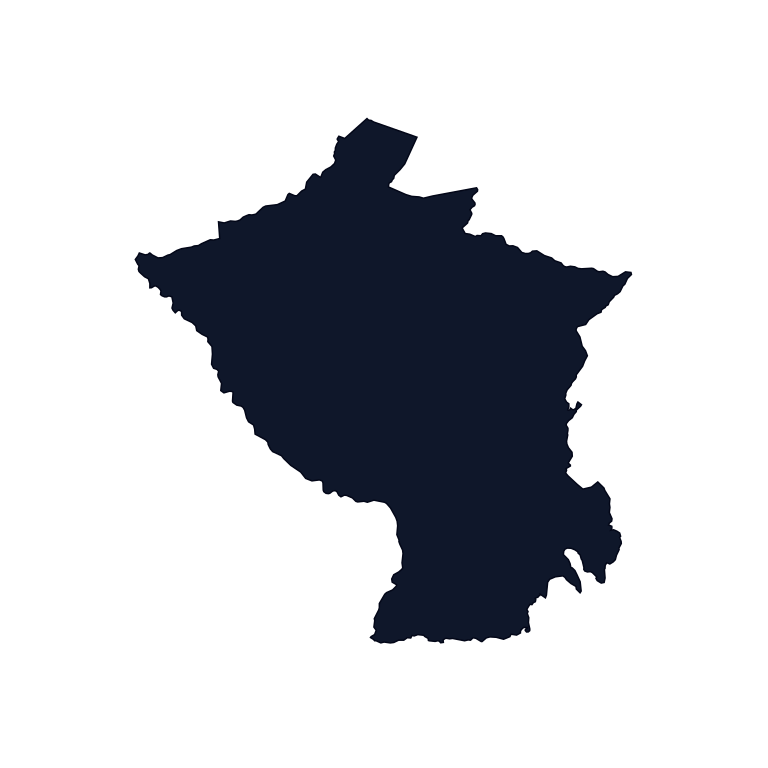 Pahuatlán, Puebla, Mexico, rotated 108°
{"feature_id": "50627088B33192987993204", "entity_name": "Pahuatlán", "entity_type": "district", "adm_level": 2, "iso_a3": "MEX", "parent_name": "Mexico", "parent_adm1": "Puebla", "projection": "albers", "projection_center": [-98.132, 20.287], "detail": "fine", "context": "isolated", "style": "filled", "palette": "ink", "viewbox_px": 768, "rotation_deg": 108, "n_neighbors": 0, "source": "geoboundaries", "source_scale": "gbopen_adm2", "svg_char_len": 6171}
<svg xmlns="http://www.w3.org/2000/svg" viewBox="0 0 768 768"><g transform="rotate(108 384 384)"><path d="M335.0,657.2L338.2,657.6L342.4,659.0L346.2,655.2L347.2,653.5L350.8,653.1L352.7,651.8L353.8,649.7L356.0,644.8L356.7,640.6L360.8,637.7L364.9,636.4L364.3,634.9L361.8,632.7L361.2,631.3L361.9,628.6L363.5,625.8L364.6,624.8L368.0,624.2L368.7,622.4L368.9,619.6L368.3,617.7L366.7,615.8L366.6,612.7L372.2,609.5L377.3,609.1L379.0,607.5L380.8,604.5L377.9,602.9L377.2,601.8L377.2,600.3L377.7,598.9L381.1,597.7L383.7,594.1L384.8,585.5L386.9,581.0L391.1,578.6L393.0,572.3L393.8,566.4L395.5,565.3L398.2,564.6L401.5,559.2L408.6,556.4L418.5,554.1L421.7,550.9L421.7,547.4L422.9,545.2L426.5,544.9L428.4,544.0L433.6,538.7L440.7,537.2L441.9,533.5L438.7,528.8L438.1,526.8L438.4,525.0L447.1,522.8L448.2,522.0L449.6,517.5L449.1,512.9L449.8,510.8L452.0,508.4L458.6,504.3L461.8,501.1L463.3,495.4L466.8,493.1L471.5,491.1L473.6,479.5L475.2,476.5L477.4,475.4L480.8,472.1L482.7,469.0L483.9,459.3L485.9,456.3L490.2,447.5L493.5,436.0L498.0,429.3L498.4,422.6L495.2,415.8L495.3,412.8L496.8,411.5L503.7,409.0L505.0,408.0L505.9,405.4L505.5,403.1L504.7,401.8L501.6,399.7L500.5,397.5L500.9,395.5L503.7,392.7L504.6,390.1L502.0,387.4L501.5,385.2L502.1,378.8L504.3,374.5L504.3,372.6L501.7,366.8L501.6,363.3L497.6,357.7L496.3,346.9L496.8,344.7L499.9,339.5L507.2,331.6L510.4,329.1L514.6,327.2L523.3,325.2L527.7,321.5L529.3,321.1L531.5,319.4L536.2,315.0L539.4,313.5L548.5,311.6L553.0,309.4L554.7,309.8L558.2,311.9L562.4,315.8L567.1,316.4L569.9,315.0L571.0,310.0L572.4,309.8L577.2,312.2L581.6,317.1L583.7,318.3L594.2,320.6L598.3,319.3L600.6,319.2L610.2,320.7L611.9,319.7L618.3,318.5L620.6,315.3L625.2,315.5L628.2,318.2L629.3,318.5L630.1,315.3L631.1,313.4L630.6,312.3L631.2,307.0L629.4,304.2L628.3,298.0L626.8,294.8L623.1,290.9L621.5,286.0L618.1,283.5L617.3,280.1L614.4,279.6L614.3,277.5L611.9,274.4L610.7,268.6L611.5,267.3L612.3,263.4L614.2,262.5L614.2,261.5L613.0,255.8L611.6,253.5L611.5,252.0L612.6,250.1L611.4,247.7L609.2,248.7L607.2,247.3L606.5,245.9L606.1,242.9L604.8,240.2L603.3,228.0L601.4,224.9L600.9,222.5L598.0,221.0L597.7,220.1L597.5,217.9L598.9,211.9L598.6,211.1L593.8,208.2L591.8,205.1L590.2,199.0L589.8,191.4L585.4,186.2L582.7,185.9L581.8,180.3L578.6,177.3L577.2,177.8L575.1,177.5L572.3,175.9L571.3,172.5L572.4,172.5L573.6,173.7L574.8,173.5L575.8,171.8L575.2,170.2L573.6,169.2L572.0,169.6L566.3,172.9L561.5,174.1L558.0,176.8L555.9,176.7L554.6,178.2L553.6,178.4L548.5,177.2L548.1,175.1L545.7,174.4L544.3,172.8L542.2,173.0L541.1,174.0L539.0,171.6L537.8,171.4L537.1,170.5L535.6,170.7L537.5,164.4L534.6,164.3L522.0,167.1L518.5,166.1L514.4,161.4L511.2,154.6L512.0,152.1L513.7,150.0L516.0,144.5L517.2,138.9L519.6,137.7L522.0,133.0L520.0,132.5L511.5,136.3L506.0,141.3L502.4,144.8L500.7,148.2L500.9,149.5L497.2,151.6L494.1,154.4L490.8,160.7L487.4,161.4L485.1,160.8L483.4,159.0L482.4,155.3L482.7,151.2L483.7,147.8L484.8,147.2L486.0,144.6L489.5,142.3L490.5,141.0L496.9,137.1L498.6,136.7L499.8,135.3L499.9,132.5L498.7,129.8L498.9,127.7L501.8,122.0L503.3,122.4L505.1,120.5L506.2,115.9L504.7,113.3L500.2,113.8L492.2,117.1L491.2,116.8L488.2,117.6L485.1,116.9L485.4,113.6L482.3,111.0L479.6,109.7L475.1,110.0L468.9,109.2L467.5,109.9L462.4,109.0L460.3,109.9L457.2,112.5L455.7,111.9L452.9,113.8L452.0,117.0L451.7,120.6L453.1,123.2L450.7,122.7L448.9,123.4L448.7,126.9L446.6,126.7L444.1,125.1L441.7,125.5L436.6,130.0L431.5,131.0L428.3,132.6L423.4,133.6L416.9,141.2L415.0,142.6L411.1,150.4L418.0,154.9L422.5,162.4L419.7,169.4L414.5,180.6L412.5,183.8L409.6,183.7L408.2,184.7L404.4,181.4L403.5,181.7L402.4,184.1L401.7,184.3L394.5,182.6L390.8,184.1L387.6,188.9L384.6,191.5L382.0,192.7L375.7,193.5L374.4,194.3L371.4,194.7L369.2,195.4L366.9,198.0L365.2,198.3L361.8,197.1L357.9,194.5L354.2,194.0L350.9,192.6L349.4,193.0L344.4,190.2L342.7,189.8L341.2,194.0L343.3,194.4L347.8,194.0L349.9,195.7L350.1,196.8L349.3,199.1L351.2,199.3L351.9,200.2L351.8,201.3L348.7,201.1L345.7,202.1L344.8,204.8L342.2,207.6L338.4,207.6L336.6,208.3L333.0,208.0L327.4,205.7L325.6,205.9L323.8,205.4L319.9,203.5L317.8,203.3L315.9,204.0L305.8,200.6L300.1,200.3L294.3,199.3L290.0,202.7L286.8,207.2L278.7,212.2L274.1,217.6L272.7,218.2L270.4,218.0L269.4,217.4L265.1,210.6L259.5,209.0L251.3,203.0L248.7,199.8L246.0,200.0L242.8,197.3L241.3,197.1L239.4,195.3L236.2,195.2L230.5,192.4L228.5,192.2L226.1,189.8L223.2,188.0L216.9,187.1L214.7,185.8L208.4,185.1L203.4,182.5L201.6,183.6L202.7,189.0L209.3,194.6L211.3,199.7L210.6,204.8L209.1,208.4L209.1,210.6L210.8,214.2L210.8,216.1L209.5,220.4L209.7,222.2L213.4,231.7L214.1,235.3L213.6,238.7L214.4,243.1L216.3,246.4L216.5,248.4L216.0,250.2L214.1,253.0L214.0,259.7L212.3,263.5L212.3,271.1L210.1,279.8L211.8,283.9L213.9,285.1L215.3,287.1L216.2,289.8L216.3,293.6L212.9,299.2L212.7,304.1L214.0,307.5L213.4,311.1L208.6,314.9L207.3,316.4L206.7,318.0L208.5,323.6L207.8,328.5L209.0,334.2L210.6,336.7L213.0,337.5L214.0,341.4L215.2,342.3L215.5,343.4L215.0,348.7L215.8,353.3L211.9,357.5L211.0,357.7L205.1,354.3L202.5,354.5L201.6,353.8L195.6,353.0L194.5,353.3L191.7,356.1L188.7,354.9L186.5,353.0L185.0,352.9L183.7,353.5L180.8,357.8L179.2,358.1L177.0,357.8L171.8,354.7L170.2,355.0L168.8,356.6L190.2,395.9L195.1,403.9L195.2,408.3L197.0,415.7L197.1,421.7L195.2,440.7L192.0,441.3L190.9,441.0L189.3,439.4L187.3,439.2L185.4,438.3L182.4,438.7L175.2,435.0L168.3,432.3L139.1,428.9L138.0,474.9L137.3,477.7L137.8,480.2L136.8,482.2L162.6,497.2L162.3,503.5L165.2,504.2L165.9,504.0L167.0,502.4L167.9,502.2L170.5,503.0L174.5,503.2L176.9,502.5L178.7,502.9L180.0,502.2L182.7,502.3L185.9,499.1L189.6,499.2L194.1,501.7L198.1,505.6L201.5,507.7L206.6,508.0L207.1,508.4L205.5,514.2L206.5,516.3L215.9,519.9L222.9,519.0L226.0,522.0L231.9,525.0L232.5,527.0L232.0,533.0L233.5,533.9L240.5,534.5L246.4,540.9L251.3,551.5L253.3,553.6L262.1,558.4L264.1,561.9L264.7,564.7L266.2,566.6L268.8,569.5L272.5,571.6L274.3,573.8L275.3,575.7L276.4,580.4L280.2,585.7L280.9,591.5L296.4,585.2L299.7,590.4L300.5,593.8L306.9,600.9L309.7,603.3L311.4,607.2L313.3,609.4L317.9,618.4L321.1,622.4L327.0,627.4L328.2,629.4L332.2,633.6L333.9,637.9L332.9,644.2L331.8,646.9L331.9,647.5L333.6,648.4L335.0,651.0L335.0,657.2Z" fill="#0f172a" stroke="#020617" stroke-width="1.5"/></g></svg>